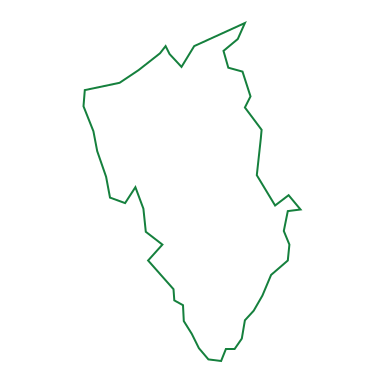 the district of Peristeronari, Cyprus
{"feature_id": "46923920B2935108629033", "entity_name": "Peristeronari", "entity_type": "district", "adm_level": 2, "iso_a3": "CYP", "parent_name": "Cyprus", "parent_adm1": "", "projection": "albers", "projection_center": [32.861, 35.138], "detail": "fine", "context": "isolated", "style": "outline", "palette": "green", "viewbox_px": 384, "rotation_deg": 0, "n_neighbors": 0, "source": "geoboundaries", "source_scale": "gbopen_adm2", "svg_char_len": 732}
<svg xmlns="http://www.w3.org/2000/svg" viewBox="0 0 384 384"><path d="M97.2,151.1L106.1,176.8L110.0,197.6L125.1,203.1L135.4,187.2L143.4,208.7L145.8,231.8L162.4,244.6L148.1,260.5L173.5,289.2L174.3,300.4L183.0,305.2L183.8,321.1L191.8,333.9L198.9,348.2L208.4,359.4L221.1,361.0L225.9,349.0L234.6,349.0L241.8,338.6L244.9,320.3L253.7,310.7L262.4,295.6L271.1,274.9L287.8,260.5L289.4,244.6L283.8,231.0L287.8,211.1L300.5,209.5L288.6,195.2L275.1,205.5L256.8,175.2L260.8,138.6L261.6,129.8L244.9,107.5L250.5,96.4L242.5,71.6L228.3,67.7L223.5,50.9L237.8,39.0L244.9,23.0L194.2,46.1L181.5,66.9L169.6,54.1L165.6,46.1L160.0,53.3L138.6,70.1L119.6,82.8L84.8,90.1L83.5,106.3L93.4,131.2L97.2,151.1Z" fill="none" stroke="#15803d" stroke-width="2"/></svg>